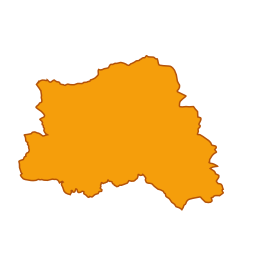 Pac Nam, Bắc Kạn, Vietnam, rotated 98°
{"feature_id": "81297802B12739753000309", "entity_name": "Pac Nam", "entity_type": "district", "adm_level": 2, "iso_a3": "VNM", "parent_name": "Vietnam", "parent_adm1": "Bắc Kạn", "projection": "equal_earth", "projection_center": [105.684, 22.609], "detail": "fine", "context": "isolated", "style": "filled", "palette": "amber", "viewbox_px": 256, "rotation_deg": 98, "n_neighbors": 0, "source": "geoboundaries", "source_scale": "gbopen_adm2", "svg_char_len": 5852}
<svg xmlns="http://www.w3.org/2000/svg" viewBox="0 0 256 256"><g transform="rotate(98 128 128)"><path d="M202.0,175.9L201.0,175.7L200.1,175.2L199.4,175.1L198.3,175.5L197.9,175.5L197.7,175.0L197.7,174.6L197.8,174.4L199.0,174.0L199.1,173.3L199.0,172.4L198.6,171.9L198.2,171.7L196.1,171.3L195.6,171.2L195.6,170.5L196.1,169.9L197.8,169.2L198.6,168.5L198.8,168.0L198.7,167.4L198.1,165.8L197.1,164.8L197.0,163.9L197.3,162.8L199.2,162.6L200.2,160.4L201.9,158.2L202.1,157.4L202.1,157.1L201.8,156.8L201.1,156.5L201.3,154.8L201.3,154.3L201.1,153.7L198.7,151.7L197.8,150.1L197.1,148.5L195.0,147.7L194.4,145.4L193.7,145.2L192.7,145.3L191.7,147.0L191.3,147.1L189.8,146.7L189.1,146.9L188.5,147.2L188.1,147.2L187.3,146.8L186.4,146.9L185.8,146.6L185.8,146.1L186.4,145.1L186.4,144.8L185.9,144.1L185.4,142.9L184.9,142.3L184.5,141.4L184.0,141.0L183.4,140.8L182.5,140.8L182.3,140.4L182.4,140.2L183.2,139.6L183.4,139.0L183.3,137.6L183.4,137.0L183.6,136.4L185.0,135.6L185.3,135.3L185.6,134.3L186.7,133.4L186.7,132.5L187.4,131.6L187.6,131.2L187.4,130.3L187.2,129.7L185.8,128.3L185.6,126.5L182.7,121.1L181.9,120.6L180.0,119.8L180.0,119.2L180.2,117.3L179.8,115.2L179.4,114.4L178.8,113.8L177.7,113.0L176.9,112.1L176.1,111.7L174.8,111.5L172.7,111.4L172.5,110.8L173.0,110.1L173.2,109.2L172.7,107.4L171.9,107.0L172.5,105.9L174.8,103.6L175.4,103.4L176.6,103.6L177.2,103.5L179.1,102.4L179.5,101.8L179.8,100.4L179.7,98.6L179.8,97.1L180.1,96.3L182.1,93.8L184.4,89.8L184.7,87.3L185.6,84.6L186.0,84.0L187.1,83.3L187.5,82.8L187.8,82.0L188.4,81.7L190.1,81.1L190.7,80.5L192.1,77.5L193.2,76.3L195.3,74.5L197.1,71.2L199.2,69.5L199.9,66.0L200.8,64.1L201.4,63.3L199.0,62.3L197.0,61.9L196.3,61.5L195.5,60.6L194.5,60.2L193.1,59.9L191.8,59.3L190.5,58.2L189.7,56.7L188.5,53.8L186.6,48.2L186.3,47.2L186.5,46.3L187.5,45.3L190.3,41.5L190.6,40.8L190.6,38.1L190.0,36.0L189.0,34.9L188.3,34.7L187.7,34.8L186.4,35.6L185.6,35.8L185.4,35.7L185.2,35.3L185.0,34.5L183.2,33.1L182.7,31.7L182.3,28.8L182.3,27.9L179.2,24.8L178.8,24.7L177.5,25.8L176.9,26.0L176.3,26.1L175.9,25.9L175.4,25.2L174.6,25.7L171.8,26.9L170.8,27.9L170.5,29.1L170.5,31.0L169.4,32.3L168.5,33.0L168.1,33.1L164.3,31.3L162.9,31.3L162.3,31.6L162.0,32.3L161.1,35.0L160.3,35.3L159.3,36.0L158.5,37.0L156.7,41.0L156.3,40.7L155.0,38.8L154.0,36.1L153.6,34.3L153.4,34.0L153.0,34.6L151.8,38.0L151.5,39.6L151.5,41.0L151.1,42.3L151.0,42.8L150.6,43.0L149.5,42.5L148.4,42.8L147.8,42.7L144.1,41.1L142.9,40.4L141.1,38.9L140.0,37.4L139.5,37.1L139.0,37.4L137.9,38.6L137.2,39.1L135.7,38.1L135.2,37.9L134.0,38.3L133.6,39.4L133.4,42.1L133.1,42.8L130.9,44.2L129.3,46.2L126.0,52.6L124.7,55.7L124.6,56.1L124.8,57.7L124.7,58.2L124.5,58.4L121.5,57.9L119.9,58.4L118.9,58.3L116.9,56.9L116.2,56.8L115.7,56.9L115.4,57.1L115.1,57.8L114.5,58.3L114.0,58.3L110.7,57.2L109.2,57.0L108.2,57.2L107.8,57.6L107.3,60.4L102.1,61.4L101.2,62.4L99.9,64.0L97.7,66.1L97.8,66.9L98.5,70.3L98.7,73.5L99.6,77.3L99.7,79.5L99.0,80.2L96.0,80.4L94.3,80.0L91.8,78.1L89.0,75.5L88.3,75.1L88.0,75.6L85.7,82.7L85.2,84.0L84.8,84.3L84.3,84.4L82.3,83.2L80.5,82.7L79.0,82.8L78.1,83.1L77.1,84.0L74.8,85.6L68.6,87.6L64.4,90.0L62.4,92.0L61.4,93.6L61.0,94.8L61.0,96.3L61.4,101.9L61.4,104.1L61.4,105.3L61.1,106.1L60.1,106.8L56.8,108.0L55.5,108.7L55.6,109.3L55.6,110.1L55.2,111.0L54.5,112.0L54.3,112.8L54.7,117.5L54.5,118.4L54.0,119.2L53.9,119.8L54.2,120.1L55.8,121.0L56.2,121.6L56.3,122.7L56.9,123.7L57.7,124.3L58.4,125.5L59.4,126.2L59.9,127.3L60.2,128.6L60.6,129.4L61.3,130.1L62.0,130.9L63.6,133.2L64.0,134.1L65.7,135.6L65.9,136.3L65.7,137.6L65.0,139.0L64.4,141.3L64.2,143.2L64.1,144.2L64.4,145.2L64.8,146.1L65.6,148.2L65.8,149.9L67.1,151.9L67.4,153.9L68.3,154.7L70.9,155.7L71.5,156.5L72.6,159.8L73.7,161.5L74.3,163.1L74.3,164.2L74.1,165.2L74.7,165.4L75.5,165.5L79.1,164.8L80.2,165.3L82.8,167.3L84.1,168.9L85.2,170.8L85.6,171.8L86.6,172.1L87.1,172.6L87.5,173.9L88.4,175.3L88.7,176.6L89.0,178.1L90.0,179.1L90.4,179.8L90.9,184.0L92.5,187.0L92.8,188.3L93.1,191.1L92.9,193.7L93.7,195.3L94.5,196.1L94.5,196.9L94.1,198.1L94.1,199.0L94.1,199.9L93.8,201.2L93.3,201.7L92.5,202.1L92.1,203.1L92.1,205.0L91.4,206.7L90.8,207.6L91.1,208.5L93.1,210.6L93.5,211.4L93.2,212.4L92.7,213.2L91.9,214.1L91.5,214.8L92.0,214.8L92.4,215.4L92.3,217.8L92.4,218.8L92.5,219.6L93.1,220.8L93.8,221.9L94.5,222.6L94.8,222.7L94.4,222.9L97.6,224.7L101.7,220.8L102.4,220.4L102.9,219.6L107.6,218.2L110.1,218.1L111.8,217.4L113.0,217.1L114.0,217.1L114.5,217.3L115.6,219.0L117.3,219.8L119.2,221.5L120.1,222.0L120.6,221.7L121.7,219.9L123.6,216.1L125.6,213.6L126.5,212.8L127.2,212.4L128.4,212.5L129.1,213.1L130.0,214.6L131.5,216.4L131.8,216.4L133.2,214.3L134.5,213.4L135.7,213.6L136.4,213.5L136.6,213.4L137.0,212.5L137.3,212.2L138.3,212.1L138.8,211.9L139.3,211.7L139.8,211.0L140.1,210.8L140.7,210.7L141.9,211.0L142.2,210.9L143.2,210.4L145.3,208.5L145.5,207.6L145.9,206.8L146.6,208.6L147.3,209.7L147.7,210.9L147.7,211.4L146.1,214.3L145.6,215.7L145.5,217.2L144.9,219.6L145.0,220.4L145.3,221.4L145.6,222.1L147.0,223.0L147.2,223.3L148.5,227.1L149.1,229.4L149.4,229.7L150.8,228.7L152.1,228.1L155.0,227.4L156.1,226.0L156.3,225.3L158.3,225.2L158.6,224.7L159.8,223.8L161.2,223.7L163.5,222.7L164.0,222.7L164.8,222.8L165.3,223.1L165.9,223.2L166.2,223.5L166.7,224.5L167.4,225.0L167.9,225.3L169.1,225.5L170.2,225.2L170.8,226.2L171.3,226.7L173.5,227.2L173.8,227.4L175.2,230.2L176.1,231.3L176.5,231.3L178.7,230.5L182.3,229.9L186.4,227.9L187.0,227.6L188.0,226.6L189.6,227.9L189.8,227.8L191.0,226.9L192.9,224.6L193.3,222.6L193.5,216.6L193.2,214.2L192.6,211.8L191.5,210.0L191.3,209.5L191.5,208.1L191.4,207.3L191.0,206.1L191.3,204.5L191.3,203.6L191.0,200.4L189.2,195.9L189.1,195.2L189.2,193.9L188.9,192.7L188.9,191.6L189.2,190.7L189.4,190.3L189.9,189.7L190.7,188.9L191.5,188.5L191.9,188.2L190.7,186.9L190.0,185.7L190.6,184.7L191.7,186.0L193.4,186.0L195.4,184.6L199.5,182.5L200.9,180.8L201.6,178.7L202.0,175.9Z" fill="#f59e0b" stroke="#b45309" stroke-width="1.5"/></g></svg>